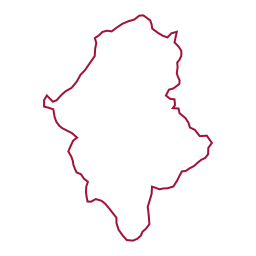 outline of Vargem, São Paulo, Brazil
{"feature_id": "56859067B88697914200534", "entity_name": "Vargem", "entity_type": "district", "adm_level": 2, "iso_a3": "BRA", "parent_name": "Brazil", "parent_adm1": "São Paulo", "projection": "albers", "projection_center": [-46.413, -22.894], "detail": "fine", "context": "isolated", "style": "outline", "palette": "rose", "viewbox_px": 256, "rotation_deg": 0, "n_neighbors": 0, "source": "geoboundaries", "source_scale": "gbopen_adm2", "svg_char_len": 1526}
<svg xmlns="http://www.w3.org/2000/svg" viewBox="0 0 256 256"><path d="M176.8,31.8L171.4,33.3L167.4,37.4L162.9,35.8L158.0,32.9L152.2,28.6L151.6,24.3L150.2,20.4L143.4,15.4L139.4,15.6L134.2,19.6L128.4,21.2L122.2,23.9L116.4,27.8L111.7,31.4L107.0,30.7L102.5,31.9L98.9,35.4L94.9,38.0L96.3,43.1L95.2,48.5L94.7,56.1L88.7,64.7L84.8,70.4L80.5,74.8L76.7,81.7L71.5,87.9L65.5,91.3L61.4,95.0L56.5,100.3L52.9,101.7L46.8,95.5L44.1,100.1L44.1,106.6L48.4,107.7L53.3,109.3L54.6,117.0L56.3,121.7L59.3,125.8L62.3,128.2L71.9,133.1L77.1,137.6L73.2,140.6L70.2,147.0L68.3,151.4L71.3,156.6L72.9,161.2L73.4,164.9L74.9,168.8L76.6,172.4L80.9,174.2L83.9,178.6L87.9,181.8L86.3,186.5L86.0,192.1L86.6,196.8L87.5,201.5L91.0,201.7L95.7,199.1L101.4,200.7L105.3,203.8L109.4,208.7L112.6,212.9L116.4,217.6L116.5,223.3L118.6,229.7L122.5,235.3L126.8,240.1L133.1,240.6L137.4,238.7L140.8,235.7L142.5,231.7L145.6,229.1L149.4,224.2L149.0,218.8L148.5,212.9L147.7,206.8L149.8,200.1L151.6,194.0L152.0,186.7L155.4,187.7L159.4,189.3L163.1,188.5L167.3,188.3L173.4,186.5L177.0,180.8L179.6,175.6L181.9,171.4L185.6,171.0L189.7,168.3L194.0,166.0L197.2,163.1L201.2,159.8L205.1,158.0L208.1,154.3L208.3,147.9L211.9,142.9L206.8,135.7L199.7,136.1L194.8,129.8L189.9,127.5L188.5,122.8L185.4,118.0L179.6,113.3L178.5,108.5L172.9,108.1L175.0,105.1L174.5,99.3L170.2,98.9L165.9,95.5L168.9,89.7L173.6,88.3L179.3,84.0L179.6,80.3L178.0,76.9L176.8,73.4L177.6,67.3L177.2,62.6L179.6,59.6L181.3,55.7L181.3,50.8L178.6,46.6L174.5,42.3L176.8,31.8Z" fill="none" stroke="#9f1239" stroke-width="2"/></svg>